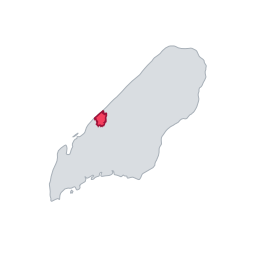 Brickaville, Atsinanana, Madagascar (highlighted), rotated 208°
{"feature_id": "10022922B71585303896889", "entity_name": "Brickaville", "entity_type": "district", "adm_level": 2, "iso_a3": "MDG", "parent_name": "Madagascar", "parent_adm1": "Atsinanana", "projection": "mercator", "projection_center": [48.731, -18.667], "detail": "fine", "context": "in_parent", "style": "filled", "palette": "rose", "viewbox_px": 256, "rotation_deg": 208, "n_neighbors": 0, "source": "geoboundaries", "source_scale": "gbopen_adm2", "svg_char_len": 5860}
<svg xmlns="http://www.w3.org/2000/svg" viewBox="0 0 256 256"><g transform="rotate(208 128 128)"><path d="M165.5,32.5L166.2,34.0L166.9,35.5L169.3,39.0L170.3,40.3L171.2,41.8L171.6,44.6L173.1,49.1L174.5,55.8L174.9,62.7L175.3,65.8L176.4,68.8L178.2,71.9L178.8,75.3L177.7,78.9L176.1,82.2L175.7,82.9L175.0,83.7L174.6,83.7L173.4,82.8L172.3,81.4L171.0,78.1L170.5,76.4L170.0,76.1L168.4,76.3L167.3,77.3L167.1,78.0L167.4,79.9L167.8,81.6L168.0,83.3L168.0,85.4L168.4,86.1L169.0,86.6L169.7,88.1L169.8,91.4L169.4,93.2L168.3,94.6L168.4,95.4L168.8,96.3L168.4,96.8L166.9,97.4L166.3,98.0L165.6,99.5L164.3,102.5L164.1,104.1L164.9,108.9L164.7,112.2L163.1,118.7L162.1,121.8L160.8,125.5L158.8,130.4L156.8,136.5L155.1,142.8L153.9,146.6L152.4,150.4L150.5,157.0L148.8,163.8L146.4,171.3L143.0,179.6L142.6,180.7L141.9,185.0L141.1,188.7L140.2,192.4L138.3,198.6L138.1,200.5L137.7,202.3L135.8,206.1L135.1,207.6L134.5,209.1L134.2,211.0L133.7,212.9L132.3,216.4L130.3,219.3L129.0,220.4L126.0,222.0L124.5,222.3L121.2,222.4L118.0,223.3L114.6,225.0L111.4,227.0L110.2,227.9L108.8,228.4L104.6,228.5L103.3,228.1L99.1,224.9L97.4,224.3L94.3,223.9L93.3,223.6L92.5,223.2L91.2,221.5L88.7,220.1L88.1,219.6L87.7,218.6L87.5,217.6L86.8,216.4L86.4,214.1L85.5,212.5L83.2,209.7L83.0,208.8L82.8,205.9L82.9,203.9L82.6,200.2L82.9,198.5L83.7,197.0L83.4,195.3L82.5,193.6L82.2,191.7L81.6,190.1L79.2,187.1L78.6,185.7L78.2,184.2L77.3,179.5L77.2,177.8L77.3,174.4L77.6,172.6L78.2,171.4L78.4,170.5L78.8,169.7L79.3,169.0L79.7,168.3L80.6,163.9L81.8,162.9L83.5,162.4L84.8,161.2L85.6,159.7L86.4,156.5L88.5,153.3L89.3,151.7L91.0,149.2L92.5,145.7L93.0,144.0L93.3,142.3L93.7,138.6L94.0,136.8L93.9,135.0L93.1,133.1L91.0,129.7L90.9,129.1L91.1,126.5L90.9,124.7L90.1,122.9L89.2,121.2L88.2,118.0L87.7,112.8L87.8,110.9L87.5,109.2L86.8,107.6L87.3,104.8L93.6,94.6L93.8,93.4L93.5,90.3L93.6,88.6L93.8,87.9L94.3,87.5L95.4,87.3L100.4,86.9L101.1,86.6L102.3,85.7L104.0,84.1L104.8,83.6L105.5,83.8L105.9,84.5L106.5,84.9L108.5,84.1L109.3,84.1L110.1,84.2L110.5,83.5L110.7,82.6L111.0,82.0L111.5,81.6L114.2,81.4L115.8,81.1L118.0,80.5L118.4,80.6L120.2,82.9L120.7,83.1L121.4,83.2L122.0,82.8L120.6,81.6L120.4,80.9L120.4,80.1L121.2,78.5L122.4,77.2L125.3,75.3L128.2,73.1L129.0,72.9L129.7,73.3L130.3,75.9L130.2,76.3L130.7,76.4L131.2,76.0L131.7,75.0L131.7,74.1L131.3,73.3L131.1,72.6L131.1,71.9L132.6,70.4L133.8,68.9L134.3,67.1L134.8,66.3L136.0,65.4L136.4,65.5L136.7,66.3L136.8,67.1L136.5,67.9L136.0,68.6L135.9,69.7L136.6,69.9L137.2,69.6L138.2,67.7L139.3,66.0L139.9,65.1L140.7,64.4L142.1,64.6L143.4,65.0L141.2,63.1L140.7,60.6L143.3,56.2L143.3,55.2L143.7,55.0L143.8,54.6L142.5,53.1L142.3,52.4L142.4,51.3L143.1,50.3L143.6,49.6L144.5,49.3L145.1,49.7L146.5,50.9L147.5,51.1L148.6,50.0L149.6,48.5L151.0,47.5L152.6,46.9L155.1,44.6L156.7,39.8L156.8,38.4L156.5,36.7L155.9,35.1L155.0,33.1L155.2,32.6L156.6,32.9L157.0,32.6L158.5,30.9L160.9,27.5L161.7,27.5L162.4,28.1L162.6,29.0L163.1,29.7L164.7,31.3L165.5,32.5ZM148.7,46.0L148.7,46.5L146.9,46.3L146.6,44.5L147.5,44.4L147.7,43.7L148.2,43.6L148.8,45.2L148.7,46.0ZM171.1,97.6L169.6,100.3L170.0,98.0L171.8,94.8L172.4,94.5L171.1,97.6Z" fill="#d9dde1" stroke="#a8b0b8" stroke-width="1"/><path d="M162.1,120.9L161.8,120.7L161.7,120.6L161.6,120.4L161.4,120.4L161.2,120.4L161.1,120.5L161.0,120.4L160.9,120.5L160.9,120.4L160.8,120.5L160.7,120.5L160.6,120.4L160.5,120.5L160.4,120.4L160.2,120.3L160.1,120.2L159.8,120.1L159.5,120.0L159.3,119.9L159.0,119.5L159.0,119.4L158.9,119.2L158.7,119.2L158.6,119.3L158.4,119.3L158.3,119.5L158.2,119.5L158.1,119.4L158.0,119.2L157.9,119.1L158.0,119.0L157.9,118.8L157.9,118.7L157.9,118.4L157.8,118.5L157.7,118.4L157.6,118.2L157.5,117.7L157.4,117.5L157.4,117.4L157.2,117.1L157.2,116.8L157.3,116.6L157.2,116.6L156.9,116.4L156.7,116.2L156.4,116.2L156.2,116.1L155.9,116.3L155.7,116.3L155.6,116.2L155.3,115.9L155.3,116.0L155.2,116.0L154.9,116.2L154.9,116.3L155.0,116.5L154.9,116.6L154.7,116.8L154.4,116.9L154.2,117.0L154.1,117.3L153.9,117.2L153.6,117.2L153.6,117.4L153.4,117.4L153.2,117.2L153.2,117.3L152.9,117.4L152.9,117.5L152.7,117.5L152.5,117.4L152.2,117.4L151.9,117.5L151.9,117.4L151.8,117.2L151.7,117.2L151.7,117.3L151.7,117.5L151.6,117.8L151.5,118.0L151.4,118.2L151.5,118.2L151.4,118.3L151.2,118.3L150.9,118.5L151.0,118.6L150.9,118.7L150.8,118.8L150.9,119.0L150.7,119.1L150.6,119.3L150.6,119.5L150.6,119.8L150.6,120.0L150.7,120.3L150.7,120.5L150.8,120.8L150.8,121.0L151.0,121.3L150.9,121.4L150.9,121.5L151.0,121.6L151.1,121.9L151.0,122.1L151.3,122.0L151.2,122.2L151.2,122.3L151.1,122.5L150.9,122.5L150.7,122.9L150.8,122.9L150.8,123.0L150.9,123.3L150.9,123.5L151.1,123.6L151.3,123.6L151.3,123.8L151.3,124.0L151.3,123.9L151.3,124.0L151.2,124.2L151.1,124.3L151.3,124.5L151.5,124.6L151.6,124.8L151.7,125.0L151.6,125.3L151.6,125.5L151.8,125.7L152.0,125.8L152.3,126.0L152.5,126.1L152.6,126.3L152.6,126.5L152.6,126.8L152.6,127.0L152.7,127.5L152.8,127.6L153.0,128.0L152.9,128.2L153.1,128.3L153.1,128.5L153.1,128.8L153.1,129.0L153.0,129.3L153.2,129.5L153.4,129.6L153.6,129.7L153.6,130.1L153.7,130.4L153.8,130.4L153.9,130.5L154.0,130.7L154.2,130.8L154.3,130.7L154.5,130.5L154.7,130.4L154.8,130.2L154.7,130.1L154.8,130.0L154.7,129.9L154.8,129.7L154.7,129.6L154.8,129.4L154.9,129.2L155.0,129.0L155.3,128.9L155.4,129.0L155.5,129.1L155.6,129.3L155.8,129.5L156.0,129.5L156.3,129.6L156.5,129.5L156.5,129.4L156.6,129.2L156.9,129.2L157.0,129.2L157.2,129.3L157.0,129.5L156.9,129.6L157.0,129.7L156.9,129.7L156.9,129.8L156.7,129.8L156.7,130.1L156.7,130.3L156.8,130.3L157.0,130.4L157.2,130.5L157.3,130.6L157.5,130.6L157.7,130.8L157.8,130.9L157.8,131.0L157.7,131.0L157.6,131.3L157.8,131.3L158.1,131.4L158.4,130.6L158.7,129.9L158.9,129.3L159.0,129.1L159.3,128.5L159.4,128.4L159.7,127.4L159.9,126.9L160.0,126.7L160.1,126.4L160.3,125.9L160.4,125.6L160.6,125.0L160.8,124.4L160.9,124.2L161.0,123.7L161.3,123.0L161.6,122.4L161.9,121.7L162.0,121.2L162.1,120.9Z" fill="#f43f5e" stroke="#9f1239" stroke-width="1.5"/></g></svg>